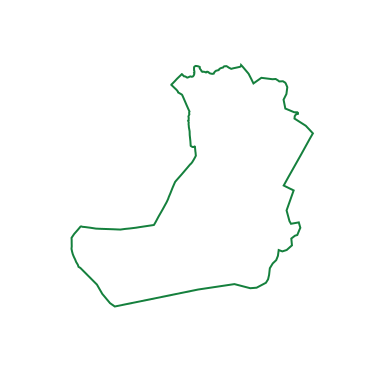 the district of Koro, Mopti, Mali, rotated 156°
{"feature_id": "8926073B21763479745041", "entity_name": "Koro", "entity_type": "district", "adm_level": 2, "iso_a3": "MLI", "parent_name": "Mali", "parent_adm1": "Mopti", "projection": "albers", "projection_center": [-2.891, 14.217], "detail": "fine", "context": "isolated", "style": "outline", "palette": "green", "viewbox_px": 384, "rotation_deg": 156, "n_neighbors": 0, "source": "geoboundaries", "source_scale": "gbopen_adm2", "svg_char_len": 3276}
<svg xmlns="http://www.w3.org/2000/svg" viewBox="0 0 384 384"><g transform="rotate(156 192 192)"><path d="M57.7,196.4L61.1,206.2L68.5,217.4L67.3,219.5L65.5,220.6L63.4,220.3L63.0,221.1L63.4,222.0L66.2,223.3L72.8,230.3L70.8,239.1L65.9,243.1L62.3,249.0L62.2,252.9L62.4,254.0L63.9,256.2L67.3,257.5L68.1,259.0L69.6,261.2L72.6,262.3L82.2,268.1L85.2,267.5L91.7,266.2L91.9,271.4L92.2,277.0L94.8,286.0L95.5,288.0L95.9,287.4L96.5,286.9L97.6,286.9L101.0,287.6L103.3,288.1L104.3,288.3L105.8,288.5L106.1,288.6L107.6,290.4L107.9,290.8L108.8,292.3L109.4,293.0L109.9,293.2L110.5,293.3L110.8,293.5L111.0,293.6L111.6,293.7L112.1,293.6L113.0,293.1L114.8,293.4L115.7,293.4L116.8,293.3L117.6,292.8L118.2,292.5L118.7,292.7L119.7,292.8L120.7,293.0L122.2,292.6L123.4,291.9L124.0,291.3L125.2,291.6L126.4,292.3L126.8,292.7L127.5,293.2L127.9,293.9L128.2,294.8L129.0,295.6L129.7,295.8L130.1,295.4L130.8,295.7L131.5,296.5L132.1,296.9L132.5,297.1L133.0,297.5L133.5,297.5L134.1,298.2L134.1,299.0L134.3,300.2L134.6,301.4L134.6,302.0L134.3,302.5L134.2,302.6L134.1,303.2L134.6,303.6L135.1,304.2L136.5,305.2L137.5,305.7L138.9,305.5L139.7,304.6L140.2,303.2L140.6,302.6L140.6,301.9L141.0,300.5L141.7,300.1L141.7,299.2L142.5,298.2L143.8,297.3L144.4,297.2L145.1,297.3L145.6,297.5L146.1,298.0L146.6,298.3L147.5,298.3L147.9,298.3L148.8,298.3L149.6,298.4L149.9,298.5L150.4,299.2L150.9,300.0L151.6,300.6L152.2,300.9L152.7,302.1L152.9,302.7L153.0,303.1L153.1,303.5L153.4,303.8L155.0,303.2L158.9,301.8L159.7,301.5L162.7,300.2L166.5,298.7L167.0,298.6L167.2,298.4L167.3,298.3L166.7,296.8L164.5,291.4L164.2,290.1L164.0,289.4L164.2,288.6L163.8,288.1L162.2,285.9L161.6,285.0L161.5,284.3L161.5,281.5L161.6,273.3L161.6,270.9L161.6,268.5L161.6,267.1L161.5,266.7L162.0,266.2L162.5,265.3L162.6,265.0L162.7,264.4L162.9,263.9L163.7,263.3L164.6,262.3L164.8,261.2L165.3,260.1L165.7,259.5L165.9,258.8L166.6,258.6L166.6,257.5L166.8,256.6L167.5,255.5L167.9,254.1L168.5,252.5L169.5,248.4L170.9,245.0L172.8,239.1L174.4,234.8L174.4,234.6L173.6,233.4L173.3,233.0L172.6,232.6L172.3,232.5L171.7,232.5L171.1,232.5L170.9,232.2L171.1,231.6L172.5,227.4L172.7,226.6L173.6,224.0L173.7,223.6L175.3,222.3L177.6,220.6L179.6,219.2L181.3,218.3L182.4,218.0L190.7,214.0L194.7,212.1L201.5,209.0L203.3,208.1L204.2,207.3L207.8,204.0L212.5,199.4L215.2,196.9L216.6,195.4L218.3,193.9L219.6,192.8L221.6,191.3L225.4,188.4L227.3,187.0L232.5,183.2L237.9,179.0L239.2,178.1L239.8,177.6L240.2,177.4L241.1,177.6L254.8,181.4L257.5,182.1L263.7,184.0L268.2,185.5L272.7,186.8L278.9,189.9L290.6,195.6L294.6,197.6L299.4,200.7L301.7,202.1L303.8,203.4L306.3,204.8L306.6,205.1L307.0,205.5L307.4,205.7L308.0,205.7L308.4,205.5L311.9,203.8L316.7,201.6L320.7,199.1L321.5,197.0L322.9,193.8L324.0,191.2L325.2,189.1L325.8,186.3L326.2,183.7L326.3,181.0L326.2,177.8L326.3,175.2L325.9,172.0L326.1,169.8L324.9,168.1L316.5,146.1L315.4,135.4L312.1,123.8L309.1,118.8L226.0,100.4L190.7,90.6L184.8,85.9L177.9,80.4L171.9,78.3L161.4,79.0L158.0,81.3L155.3,84.9L151.9,90.7L147.3,93.9L142.8,95.5L139.5,98.7L136.4,103.7L133.6,101.0L129.1,100.5L122.4,102.6L120.2,109.1L115.7,110.2L113.3,109.9L111.4,111.7L109.1,113.9L107.6,115.2L106.8,120.8L114.5,122.7L114.8,125.7L113.1,136.7L98.5,152.1L105.6,160.6L97.8,166.5L76.9,182.0L62.9,192.6L57.7,196.4Z" fill="none" stroke="#15803d" stroke-width="2"/></g></svg>